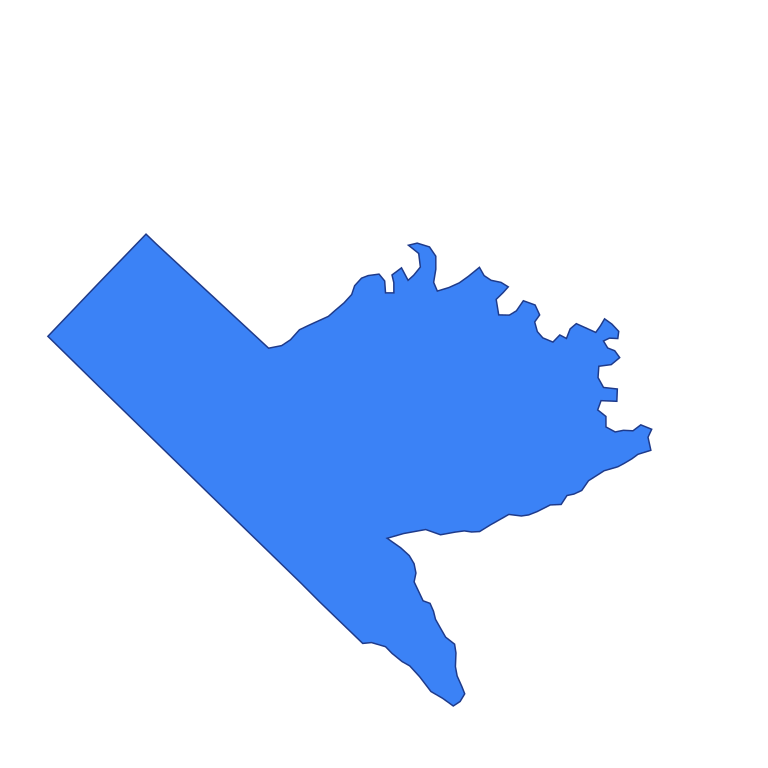 outline of Bela Vista do Paraíso, Paraná, Brazil, rotated 134°
{"feature_id": "56859067B35411296516238", "entity_name": "Bela Vista do Paraíso", "entity_type": "district", "adm_level": 2, "iso_a3": "BRA", "parent_name": "Brazil", "parent_adm1": "Paraná", "projection": "mercator", "projection_center": [-51.271, -23.009], "detail": "fine", "context": "isolated", "style": "filled", "palette": "blue", "viewbox_px": 768, "rotation_deg": 134, "n_neighbors": 0, "source": "geoboundaries", "source_scale": "gbopen_adm2", "svg_char_len": 1911}
<svg xmlns="http://www.w3.org/2000/svg" viewBox="0 0 768 768"><g transform="rotate(134 384 384)"><path d="M246.3,146.0L238.9,157.1L230.6,160.0L235.0,170.9L244.7,172.4L251.0,179.6L257.9,184.4L260.7,194.5L253.2,201.8L254.2,212.3L245.2,216.3L234.7,204.5L225.5,212.7L234.0,223.7L230.7,234.5L222.0,241.8L212.2,234.0L201.3,232.8L199.8,241.1L202.7,248.1L200.6,256.0L194.4,253.7L188.9,247.4L183.1,251.7L182.6,261.7L183.9,270.6L191.8,268.7L199.8,267.5L207.0,287.6L215.0,288.4L224.5,284.4L226.6,291.6L236.5,291.6L240.5,301.8L239.8,310.1L234.7,318.7L226.2,320.0L222.2,330.2L227.3,341.6L239.4,339.6L247.4,341.7L254.6,349.5L245.2,362.1L235.4,361.8L227.8,362.1L229.6,370.4L235.0,379.0L236.5,387.3L233.8,396.4L248.0,398.1L258.9,400.1L269.5,404.3L280.1,410.2L276.4,418.9L265.5,426.4L256.1,435.5L253.8,446.5L259.6,458.0L267.2,462.8L266.0,449.7L274.6,439.1L285.1,438.2L292.7,438.7L288.3,452.1L300.0,454.0L304.3,447.3L311.6,440.2L317.4,446.2L309.4,455.1L308.4,463.9L317.0,470.7L323.5,473.7L333.7,473.4L342.1,469.4L353.4,469.1L364.3,470.2L374.0,471.0L387.9,476.5L395.1,479.3L403.7,482.5L417.2,482.0L427.5,484.3L438.4,491.9L441.5,645.5L441.5,659.3L510.8,659.3L583.2,658.9L583.8,587.0L584.5,433.6L584.9,305.4L585.4,279.3L585.4,219.1L578.7,213.4L571.9,200.4L572.2,191.0L571.1,178.1L568.9,169.7L569.8,155.1L572.6,136.6L569.4,123.6L567.5,110.5L559.5,108.7L550.8,110.7L547.6,117.7L543.2,128.6L537.7,136.3L527.5,145.4L522.1,152.5L523.3,163.8L520.3,174.1L517.5,183.5L513.1,190.5L509.8,198.5L512.8,205.3L505.4,224.9L497.8,229.7L492.4,237.5L489.9,246.6L490.2,258.0L492.8,274.6L477.9,266.0L459.7,252.9L453.2,238.6L441.2,230.0L433.9,224.2L429.6,218.2L423.7,212.7L411.4,209.6L402.0,206.8L391.1,203.6L383.5,193.5L377.7,189.0L369.4,185.2L355.5,180.4L347.6,172.9L337.1,174.9L331.2,170.9L323.2,167.8L311.5,169.7L293.5,165.4L281.1,158.3L273.9,156.0L265.5,153.7L258.2,152.5L246.3,146.0Z" fill="#3b82f6" stroke="#1e3a8a" stroke-width="1.5"/></g></svg>